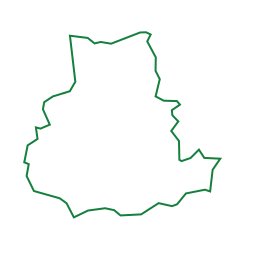 Ballymoney, orthographic projection, rotated 280°
{"feature_id": "GBR-2101", "entity_name": "Ballymoney", "entity_type": "District", "adm_level": 1, "iso_a3": "GBR", "parent_name": "United Kingdom", "parent_adm1": "", "projection": "orthographic", "projection_center": [-6.415, 55.03], "detail": "fine", "context": "isolated", "style": "outline", "palette": "green", "viewbox_px": 256, "rotation_deg": 280, "n_neighbors": 0, "source": "natural_earth", "source_scale": "10m", "svg_char_len": 808}
<svg xmlns="http://www.w3.org/2000/svg" viewBox="0 0 256 256"><g transform="rotate(280 128 128)"><path d="M79.8,219.9L80.6,214.5L73.6,196.4L61.4,189.6L58.7,184.9L59.3,171.2L45.2,155.9L40.6,135.8L44.7,128.6L45.0,119.4L39.8,103.0L30.6,90.2L43.2,80.6L46.9,73.0L49.6,46.3L63.1,36.5L75.2,36.5L76.2,31.8L93.5,32.2L101.5,40.8L112.6,37.2L112.2,41.9L117.7,50.4L131.6,41.0L138.9,41.0L146.1,48.6L154.1,64.3L164.4,68.1L208.8,54.8L209.7,72.7L205.5,80.4L208.0,86.2L208.1,96.7L224.2,123.4L225.4,129.2L224.0,134.1L216.6,131.9L202.4,143.1L189.1,145.2L181.6,150.8L163.9,149.7L161.1,158.5L163.0,171.5L160.0,175.1L153.2,168.1L148.2,169.5L143.2,176.4L132.6,171.1L124.0,180.5L105.6,184.1L104.7,186.5L109.3,194.8L119.0,201.6L111.8,208.3L113.8,224.2L101.6,218.6L79.8,219.9Z" fill="none" stroke="#15803d" stroke-width="2"/></g></svg>